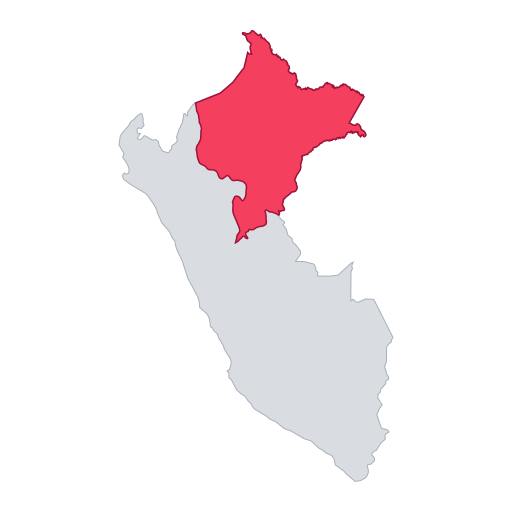 Loreto highlighted on a map of Peru
{"feature_id": "PER-585", "entity_name": "Loreto", "entity_type": "Department", "adm_level": 1, "iso_a3": "PER", "parent_name": "Peru", "parent_adm1": "", "projection": "robinson", "projection_center": [-73.566, -4.337], "detail": "fine", "context": "in_parent", "style": "filled", "palette": "rose", "viewbox_px": 512, "rotation_deg": 0, "n_neighbors": 0, "source": "natural_earth", "source_scale": "10m", "svg_char_len": 9491}
<svg xmlns="http://www.w3.org/2000/svg" viewBox="0 0 512 512"><path d="M365.8,134.2L365.7,135.8L363.9,136.6L362.3,135.4L359.9,135.8L356.3,132.1L347.7,132.7L343.9,137.0L338.3,137.9L332.0,140.0L325.0,140.8L314.0,147.7L311.5,150.6L306.5,154.6L302.4,156.0L300.4,168.6L296.4,176.0L294.8,180.0L297.0,186.1L297.0,189.1L294.7,191.5L292.9,191.7L289.1,194.3L283.5,199.9L282.5,204.2L284.3,209.8L283.7,210.4L279.0,211.5L279.2,214.7L278.2,215.9L282.1,220.4L284.3,221.4L284.5,222.6L284.1,223.7L283.2,224.2L283.1,225.2L286.0,228.6L288.0,235.3L292.1,238.6L292.2,240.7L293.4,242.9L295.5,244.5L300.5,251.2L300.6,254.3L295.4,261.5L303.9,261.5L313.4,263.9L314.7,265.1L315.8,268.3L315.9,270.4L317.8,272.2L317.6,276.1L330.0,276.1L338.0,275.2L351.0,263.2L353.1,262.2L352.0,264.8L351.9,266.7L352.5,268.7L351.0,271.7L350.8,300.8L353.2,299.3L356.2,302.0L358.4,302.2L365.6,298.9L373.8,299.4L393.0,337.5L391.3,340.1L391.3,342.1L389.0,343.8L386.6,346.8L386.4,362.0L384.4,366.6L385.5,369.0L386.6,373.8L388.3,376.7L388.8,378.6L388.6,379.3L385.9,380.9L385.7,383.7L380.9,389.1L380.0,392.7L378.2,393.9L377.8,398.1L382.2,404.8L379.3,408.8L376.8,414.7L381.0,427.2L382.8,429.0L384.7,428.9L387.6,430.0L389.1,431.9L385.5,434.2L385.0,435.3L385.2,439.4L381.3,442.5L376.2,450.4L374.8,450.8L372.2,453.1L371.7,454.3L372.1,455.4L374.3,457.7L374.6,460.6L370.8,464.2L368.2,464.5L367.2,465.5L368.3,470.3L368.3,472.5L367.4,475.1L365.6,477.8L360.1,480.8L355.0,481.3L346.5,474.1L343.9,471.1L335.4,465.0L334.1,458.6L331.3,455.4L326.1,453.1L322.0,449.8L318.9,448.2L311.2,441.0L304.2,438.7L291.2,431.1L284.2,428.5L275.2,421.4L270.3,419.5L266.4,416.2L254.6,409.1L252.7,406.9L250.9,403.4L248.3,401.3L245.3,396.5L240.9,393.7L236.7,390.0L231.5,380.0L229.0,377.7L228.9,373.1L227.1,371.0L229.7,369.5L231.3,362.5L230.4,358.9L224.4,349.4L223.2,345.4L218.8,338.2L217.2,333.8L213.7,330.6L212.2,327.8L210.3,326.7L210.2,323.3L208.8,316.9L206.8,313.7L199.8,307.7L199.1,301.1L197.6,296.6L187.8,278.2L182.1,260.5L177.3,250.7L175.4,245.0L175.2,242.0L171.6,236.7L169.7,232.0L161.8,222.7L157.2,212.5L156.6,209.5L153.4,203.8L148.3,196.5L145.8,193.6L130.6,184.5L123.4,179.0L122.5,176.2L122.9,174.5L124.5,173.0L126.6,174.2L128.0,173.7L129.0,171.7L129.0,168.6L127.6,164.7L122.7,157.1L124.0,153.7L119.0,144.9L120.2,136.3L121.3,134.2L128.7,125.5L130.7,121.8L133.8,119.5L137.1,116.0L141.0,113.3L142.1,114.2L143.2,118.9L143.0,122.0L144.1,125.4L141.4,128.5L138.5,127.9L137.4,128.6L137.0,130.1L137.4,132.5L138.2,133.4L140.4,133.5L137.4,138.1L137.7,139.0L139.7,139.8L141.7,138.7L143.8,136.0L145.0,135.7L152.4,140.1L155.9,139.6L158.5,141.7L158.9,144.9L162.6,151.2L168.1,152.8L169.0,152.2L170.3,149.9L171.5,149.5L171.8,146.0L176.6,142.2L177.3,139.7L176.6,137.8L176.7,136.4L179.5,128.1L180.4,127.2L181.2,124.5L182.3,122.9L183.9,113.6L185.2,113.6L186.5,115.8L188.0,115.2L187.2,113.2L187.4,112.4L192.7,105.0L194.4,103.3L220.1,93.0L232.9,82.5L244.1,67.7L247.7,52.7L249.0,53.8L251.1,53.4L250.4,47.4L250.9,44.5L250.8,43.7L247.3,40.1L245.8,36.1L242.8,33.9L242.9,33.0L246.2,33.9L249.1,33.5L251.6,31.0L253.5,31.2L257.7,34.6L260.8,34.9L261.8,37.4L264.9,39.1L269.2,44.3L271.1,49.9L271.0,50.9L272.9,53.9L277.1,55.3L281.2,59.4L285.5,60.7L287.5,64.5L288.6,65.7L289.2,67.8L288.6,70.3L289.2,71.7L292.4,73.9L295.1,74.0L295.7,75.0L297.2,81.2L296.2,84.3L296.6,86.0L300.2,87.6L301.2,88.9L304.1,89.2L308.1,87.9L313.1,89.8L316.9,89.1L318.7,88.6L320.5,87.2L322.0,87.2L326.0,83.3L327.1,83.0L331.2,84.7L334.8,87.4L339.1,86.9L340.9,85.2L344.1,84.3L349.8,87.6L351.0,89.2L352.6,89.5L358.7,92.8L359.8,94.1L363.0,95.4L363.7,96.5L363.5,97.7L349.1,123.0L353.6,125.1L357.7,123.8L359.9,125.5L361.4,129.6L364.7,132.4L365.8,134.2Z" fill="#d9dde1" stroke="#a8b0b8" stroke-width="1"/><path d="M252.0,30.7L253.9,31.3L255.4,33.3L256.2,33.5L257.2,34.7L258.0,35.2L259.3,35.5L260.1,34.3L260.3,34.2L261.1,35.1L261.8,36.8L261.1,37.7L262.6,38.1L263.3,38.7L264.3,38.4L266.0,40.8L267.9,42.2L268.6,43.2L269.2,43.4L269.3,44.1L270.3,46.6L269.9,47.3L269.9,47.8L270.8,49.0L271.7,49.3L271.5,49.7L272.0,50.6L271.8,50.8L270.9,50.8L270.8,51.1L271.7,52.1L272.0,53.2L272.5,53.9L273.0,54.3L274.3,54.5L275.6,55.1L276.2,55.1L276.6,54.4L276.8,54.6L277.4,56.6L277.9,56.9L278.6,56.2L278.8,56.6L278.7,57.2L279.0,57.4L279.6,57.3L280.0,57.4L280.8,59.3L281.3,59.8L282.5,60.1L282.9,59.9L283.2,59.3L283.6,59.1L284.1,59.9L286.1,60.9L286.5,62.1L287.0,62.1L287.2,63.2L287.7,63.8L287.3,64.5L287.5,64.9L288.3,65.3L289.2,66.4L289.4,68.7L288.9,69.0L288.7,69.4L288.4,71.2L288.9,71.8L290.3,72.8L290.4,73.3L291.6,73.3L292.4,74.1L292.6,74.1L293.1,73.4L294.2,73.6L294.4,72.9L294.6,72.9L295.2,73.6L295.8,74.0L295.9,74.3L295.8,75.2L296.5,76.6L296.2,77.5L296.3,78.2L296.8,79.2L297.3,80.7L297.6,81.0L296.7,82.7L295.7,83.8L295.7,84.5L296.4,85.5L296.5,86.4L297.8,86.9L298.1,87.7L298.7,86.6L300.2,87.5L300.6,88.0L301.0,89.1L301.4,89.7L302.8,89.3L304.2,88.5L305.1,89.1L305.3,88.6L305.7,88.2L306.2,89.6L306.8,89.2L307.7,87.4L308.5,87.7L309.5,88.6L312.1,89.2L312.7,90.0L313.5,90.3L315.5,89.9L315.6,89.2L316.2,88.9L317.8,89.3L318.2,89.2L319.7,87.3L320.3,87.1L322.8,87.2L323.1,86.9L323.2,86.3L324.3,85.2L325.2,83.6L327.2,82.5L327.4,82.6L327.3,83.5L327.5,83.9L328.7,83.4L329.2,83.5L330.5,84.4L331.7,84.7L332.0,84.9L332.1,85.4L332.1,86.4L332.2,86.8L332.6,87.0L333.0,85.7L333.3,85.4L333.5,85.5L334.5,87.2L334.0,87.9L334.3,88.5L335.0,88.3L336.5,87.4L336.7,87.8L337.9,87.2L338.9,87.5L339.9,86.8L340.3,85.7L340.8,85.4L341.7,85.3L342.2,85.7L342.8,85.7L342.7,84.4L342.9,84.0L343.6,84.1L345.0,84.6L345.5,84.4L348.0,86.8L349.8,87.3L349.9,88.3L350.7,89.0L351.0,90.3L352.1,90.2L352.2,89.4L352.5,89.2L353.4,89.9L354.6,90.3L355.4,91.5L356.4,91.1L357.3,91.2L357.6,91.4L357.5,92.0L356.9,92.3L357.2,92.9L357.8,92.8L358.7,92.4L359.2,92.6L360.0,94.6L360.4,94.8L361.1,94.4L361.5,94.8L361.6,95.5L361.8,95.7L362.8,94.6L363.0,94.8L363.5,96.2L364.0,96.8L349.1,123.0L350.1,123.2L353.3,125.1L354.4,125.4L355.0,125.4L355.6,125.1L356.9,123.9L357.5,123.9L358.3,124.2L359.1,124.9L360.4,126.6L361.0,129.1L361.6,129.8L363.8,131.0L364.8,132.2L365.8,134.2L365.9,134.9L365.3,136.1L364.3,136.8L363.4,136.2L363.0,134.9L362.1,134.8L361.7,135.0L361.0,136.4L360.6,136.8L360.0,135.9L359.5,135.8L358.2,134.5L358.3,132.6L357.9,131.9L357.6,131.8L357.2,132.5L356.4,131.9L355.7,131.7L355.1,132.0L353.9,132.9L353.6,132.7L353.5,132.0L353.1,131.9L352.8,132.1L352.4,133.2L351.3,132.5L351.4,131.3L351.0,131.2L350.7,131.4L350.0,132.6L348.3,132.2L347.0,132.8L346.7,133.4L346.8,134.3L346.1,134.6L345.6,135.8L344.0,137.9L343.2,136.9L343.1,137.5L342.7,137.9L341.6,137.4L341.1,137.6L340.6,138.3L340.1,138.0L339.7,137.3L339.3,137.6L338.7,138.5L338.1,137.7L337.6,137.6L337.1,137.8L336.8,138.1L336.7,138.9L336.5,139.2L336.2,139.1L335.5,139.7L335.0,139.1L333.0,139.2L332.4,139.4L332.0,140.3L331.0,140.2L330.0,140.7L330.0,140.2L329.4,140.8L328.9,140.9L328.2,140.2L327.3,140.6L326.3,140.2L326.0,140.8L323.7,141.2L322.1,142.7L321.4,143.0L320.9,143.4L320.1,143.3L319.3,144.7L316.2,147.1L314.5,147.2L314.2,147.6L313.3,147.9L313.0,148.2L312.9,149.6L312.7,150.0L311.8,150.5L311.3,150.6L310.9,151.7L309.8,152.0L308.9,152.9L308.3,153.2L307.7,154.5L306.3,154.6L305.4,154.4L304.9,155.0L303.6,155.4L303.1,155.3L303.0,155.9L301.7,156.2L301.6,156.6L302.1,157.8L302.2,159.7L301.6,160.7L301.4,162.2L300.5,164.5L300.8,166.8L300.5,169.0L299.9,170.4L297.7,173.8L296.9,174.6L294.9,179.5L294.8,180.6L295.0,181.2L296.1,182.6L296.2,183.0L296.6,185.5L297.2,187.2L297.1,188.3L296.2,190.3L295.6,191.0L293.9,191.8L292.4,191.8L291.9,192.0L288.8,194.8L285.4,197.3L284.6,198.5L283.5,199.4L283.3,201.2L282.3,204.7L284.0,207.7L284.5,209.7L284.2,210.2L283.5,210.5L282.0,210.5L280.4,211.4L278.6,211.0L279.5,213.2L279.2,214.5L278.9,215.1L278.6,215.2L277.8,214.5L276.8,213.9L273.3,212.5L271.6,212.0L270.1,212.0L269.1,211.7L267.0,210.2L266.2,210.1L265.5,210.3L265.1,211.1L265.1,211.6L265.6,213.0L266.1,216.3L266.0,218.7L266.4,220.9L266.2,223.5L265.6,224.6L263.3,225.9L258.4,226.8L256.6,227.5L253.7,229.4L252.6,229.7L249.9,229.7L249.1,229.4L248.8,229.7L248.1,231.5L246.6,231.9L245.9,232.6L245.7,233.0L245.6,234.0L245.8,234.9L247.5,237.4L247.7,238.1L247.6,238.4L247.3,238.6L246.4,238.4L244.2,236.5L243.6,236.2L243.1,236.2L242.7,236.4L241.4,238.1L240.0,239.2L237.7,241.5L235.5,242.7L236.6,238.4L237.1,235.4L239.5,231.8L239.8,230.5L239.0,227.1L233.7,214.5L233.2,212.9L232.8,210.3L233.1,204.9L232.5,202.0L234.0,198.1L234.7,196.9L235.4,196.3L236.3,196.1L238.3,196.5L239.4,197.2L242.1,200.6L242.7,200.8L243.5,200.3L245.4,196.9L245.9,194.6L246.5,186.4L246.3,185.4L245.6,184.0L244.1,182.3L242.1,181.2L238.2,180.3L236.8,180.2L233.5,180.6L232.3,180.2L231.4,179.6L228.7,176.1L228.0,175.7L227.2,175.5L226.6,175.8L222.8,178.6L221.8,178.8L220.7,178.5L219.7,177.8L219.0,177.0L217.4,172.7L216.8,171.8L215.7,170.9L213.9,170.0L208.8,169.6L207.9,169.1L206.8,168.0L205.2,166.2L203.8,165.4L201.3,164.3L199.7,163.1L199.3,162.5L197.8,158.6L197.3,156.3L196.9,152.8L196.4,150.4L196.3,149.3L196.6,147.2L197.1,145.7L198.7,143.4L200.6,139.2L200.8,136.7L201.0,130.9L201.5,128.9L200.9,125.6L199.4,122.6L199.2,121.4L199.3,119.7L198.8,117.8L198.6,115.6L197.7,113.0L196.7,110.9L196.4,108.1L195.9,105.7L195.5,103.0L220.0,93.3L221.2,92.4L232.8,82.4L242.4,69.8L244.1,67.8L247.7,52.5L248.9,54.0L251.6,53.9L251.0,53.0L251.0,52.1L250.1,48.4L250.3,47.4L250.1,46.4L251.0,45.4L250.9,43.4L250.6,42.9L250.2,43.0L249.0,41.6L248.4,41.5L247.7,40.9L246.7,38.9L246.0,36.1L245.7,35.7L244.7,35.2L243.9,34.5L243.1,34.5L242.6,33.7L242.7,32.7L243.0,32.6L244.1,33.0L245.1,33.0L246.6,34.0L247.2,34.0L247.8,33.6L249.0,33.7L251.0,32.2L251.3,31.8L251.5,31.1L252.0,30.7Z" fill="#f43f5e" stroke="#9f1239" stroke-width="1.5"/></svg>